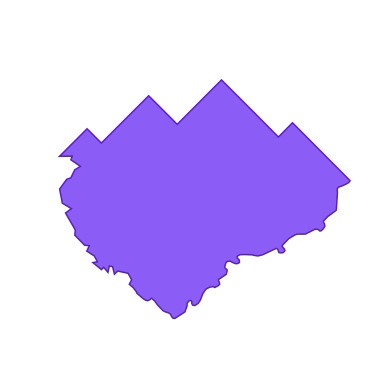 outline of Tillman, Oklahoma, United States of America, rotated 315°
{"feature_id": "52423323B26295572620292", "entity_name": "Tillman", "entity_type": "district", "adm_level": 2, "iso_a3": "USA", "parent_name": "United States of America", "parent_adm1": "Oklahoma", "projection": "mercator", "projection_center": [-98.992, 34.381], "detail": "fine", "context": "isolated", "style": "filled", "palette": "violet", "viewbox_px": 384, "rotation_deg": 315, "n_neighbors": 0, "source": "geoboundaries", "source_scale": "gbopen_adm2", "svg_char_len": 2037}
<svg xmlns="http://www.w3.org/2000/svg" viewBox="0 0 384 384"><g transform="rotate(315 192 192)"><path d="M229.4,93.3L162.5,93.3L162.5,73.1L123.5,73.1L132.6,81.9L129.1,83.6L131.2,95.0L124.8,93.4L116.4,96.3L112.4,94.4L100.5,96.3L92.4,108.2L94.9,118.5L87.7,117.4L82.6,136.3L78.6,139.7L78.4,153.7L81.4,157.4L75.8,159.4L77.7,168.2L75.8,174.4L72.0,171.8L73.1,182.9L76.3,182.8L75.7,189.4L81.2,185.9L83.0,188.7L79.0,195.3L83.6,195.4L89.3,204.3L87.2,211.4L82.4,212.9L82.8,218.2L82.1,223.2L81.4,224.8L82.1,233.3L82.8,236.0L83.6,237.3L85.1,238.1L86.4,238.4L87.9,238.3L88.2,238.6L88.6,242.5L87.7,247.8L87.6,255.5L88.2,257.4L89.9,261.0L90.3,262.2L90.3,263.4L89.5,265.7L89.3,267.2L89.5,268.2L90.5,269.3L102.2,271.8L107.9,269.1L110.1,267.1L113.0,267.0L113.8,267.3L114.2,267.6L114.5,268.8L114.2,269.6L113.2,270.3L112.7,271.6L112.5,272.5L113.3,273.9L114.6,274.5L117.4,275.1L121.4,274.4L127.7,271.6L132.5,270.6L133.9,270.7L137.5,272.0L139.9,273.7L140.3,274.6L140.4,275.3L140.7,275.7L144.3,276.8L146.3,276.8L147.3,275.5L148.0,273.8L148.6,272.9L149.1,272.7L157.9,274.4L160.7,272.9L161.8,271.9L161.6,269.2L162.6,267.8L166.4,265.9L167.8,266.1L170.0,267.8L171.1,271.2L171.9,273.0L172.8,274.3L174.8,275.3L175.8,275.3L177.2,273.8L177.4,273.0L177.3,270.7L177.9,269.9L178.8,269.5L181.1,270.1L181.9,270.5L185.7,274.2L190.4,279.3L190.6,280.0L192.3,282.4L193.2,283.6L194.1,284.3L197.5,286.3L211.5,291.4L212.0,292.1L212.1,293.0L211.7,294.2L210.7,295.8L210.7,296.4L211.3,297.4L213.3,299.2L215.4,299.4L216.3,299.1L217.0,297.8L217.2,294.6L217.4,293.9L218.1,293.6L227.4,293.4L234.4,295.1L236.7,296.3L242.4,301.9L252.5,305.3L253.9,306.5L254.4,307.1L254.8,308.8L254.7,309.7L255.7,310.7L258.7,310.9L261.5,310.3L262.4,309.4L263.3,307.8L263.5,306.7L264.0,305.8L264.4,305.6L270.8,305.3L271.4,305.5L278.9,306.6L281.3,306.8L294.5,295.2L296.4,293.0L297.4,292.3L299.2,292.3L302.1,293.7L307.5,295.7L309.3,296.1L311.2,296.0L311.8,295.7L312.0,214.1L292.0,214.2L292.1,180.7L292.1,133.6L283.1,133.6L229.4,133.7L229.4,93.3Z" fill="#8b5cf6" stroke="#5b21b6" stroke-width="1.5"/></g></svg>